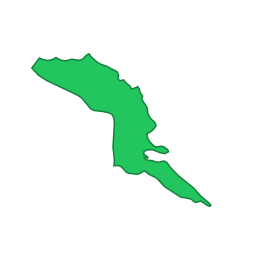 an SVG outline of Davao Oriental, rotated 308°
{"feature_id": "PHL-2597", "entity_name": "Davao Oriental", "entity_type": "Province", "adm_level": 1, "iso_a3": "PHL", "parent_name": "Philippines", "parent_adm1": "", "projection": "robinson", "projection_center": [126.309, 7.14], "detail": "fine", "context": "isolated", "style": "filled", "palette": "green", "viewbox_px": 256, "rotation_deg": 308, "n_neighbors": 0, "source": "natural_earth", "source_scale": "10m", "svg_char_len": 1751}
<svg xmlns="http://www.w3.org/2000/svg" viewBox="0 0 256 256"><g transform="rotate(308 128 128)"><path d="M139.3,27.8L139.3,29.7L140.2,33.3L141.9,36.6L144.2,39.0L147.6,41.3L148.1,42.0L148.6,43.4L151.4,48.0L154.1,49.8L160.1,50.5L162.5,51.6L161.6,54.5L161.2,57.4L160.9,63.8L161.4,66.9L163.6,73.4L164.6,79.6L165.3,82.4L165.5,85.1L164.1,87.7L162.8,88.8L161.5,89.3L160.6,90.2L160.2,92.3L160.6,92.8L163.3,95.0L162.4,98.0L162.2,104.2L160.9,106.7L161.8,107.5L165.7,109.9L166.5,109.9L165.9,112.4L163.1,116.5L162.5,118.9L162.1,119.9L161.2,120.3L160.2,120.5L159.3,121.1L158.7,122.3L156.3,129.4L155.5,130.7L151.8,134.7L150.1,137.7L149.2,141.3L148.9,146.0L147.2,148.6L143.3,149.0L138.8,148.1L135.4,146.4L132.4,149.3L130.7,153.1L130.0,157.1L129.8,160.5L130.5,162.0L133.6,165.0L134.7,166.3L135.1,168.3L135.4,171.0L135.1,173.5L134.2,174.5L130.7,173.0L128.6,169.3L126.0,160.9L123.0,157.0L119.5,155.1L117.1,156.3L117.2,161.8L116.4,161.8L116.1,161.0L114.8,159.1L114.3,161.9L115.5,164.7L117.2,167.2L118.9,172.0L121.0,174.1L123.2,175.8L124.4,177.1L124.7,180.0L123.1,185.4L121.4,197.0L121.1,216.4L119.2,226.8L118.7,238.7L118.0,240.9L116.4,240.4L115.9,238.5L115.4,231.9L115.2,230.4L111.2,227.3L110.7,226.0L110.7,224.5L110.8,222.8L110.8,221.4L107.9,215.3L106.4,213.1L105.8,210.4L104.4,193.9L104.6,190.8L106.0,182.6L105.9,179.7L104.7,175.0L104.4,172.2L104.4,168.7L104.0,167.1L102.6,166.4L99.6,165.4L97.4,163.9L92.9,156.8L92.1,154.3L93.1,148.2L93.2,145.6L91.9,142.7L89.5,140.1L92.4,138.5L95.1,136.3L103.6,128.0L122.9,114.7L127.0,111.0L128.9,107.0L128.0,103.2L125.6,98.2L120.7,90.1L120.2,86.5L123.2,72.9L122.8,68.0L115.3,34.5L114.5,24.6L116.1,15.3L128.6,15.1L129.6,19.0L131.3,22.5L133.7,25.2L136.9,27.0L139.3,27.8Z" fill="#22c55e" stroke="#15803d" stroke-width="1.5"/></g></svg>